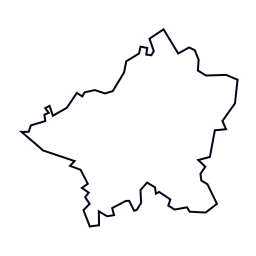 the district of Ilinden, Ilinden, North Macedonia, rotated 4°
{"feature_id": "65306769B96120860372222", "entity_name": "Ilinden", "entity_type": "district", "adm_level": 2, "iso_a3": "MKD", "parent_name": "North Macedonia", "parent_adm1": "Ilinden", "projection": "mercator", "projection_center": [21.621, 41.998], "detail": "fine", "context": "isolated", "style": "outline", "palette": "ink", "viewbox_px": 256, "rotation_deg": 4, "n_neighbors": 0, "source": "geoboundaries", "source_scale": "gbopen_adm2", "svg_char_len": 1049}
<svg xmlns="http://www.w3.org/2000/svg" viewBox="0 0 256 256"><g transform="rotate(4 128 128)"><path d="M156.6,27.1L143.2,37.4L148.4,49.6L146.1,53.8L141.1,53.5L141.6,46.8L134.9,46.0L133.8,52.9L121.6,61.6L120.2,72.9L110.2,92.3L102.6,95.1L92.3,92.5L82.3,95.4L80.2,99.7L74.5,96.6L65.6,112.1L52.2,121.0L48.2,111.4L44.0,114.0L47.9,118.4L43.7,120.5L45.0,126.8L30.9,132.2L29.2,138.7L22.1,139.3L45.0,156.4L77.0,164.7L72.8,169.8L83.6,173.0L91.8,186.5L86.2,191.0L93.3,195.2L90.1,200.0L95.0,206.4L89.3,213.1L96.8,228.9L105.9,227.0L104.7,213.2L113.3,217.5L120.2,215.9L117.8,209.0L130.9,200.9L134.3,200.6L139.9,210.1L142.4,209.1L146.3,201.9L144.8,189.1L150.8,181.1L159.1,185.3L160.4,191.6L163.5,189.6L175.2,196.3L173.6,202.6L180.2,206.1L192.4,203.0L195.4,207.2L211.4,206.9L222.0,197.4L211.1,178.5L204.8,175.3L203.5,168.6L207.8,161.2L200.3,155.0L211.7,151.2L214.8,124.2L225.9,122.4L221.7,114.4L233.0,95.9L233.9,72.2L222.1,68.2L202.1,70.2L193.7,65.8L193.7,55.0L189.2,45.7L183.3,43.4L172.9,50.2L156.6,27.1Z" fill="none" stroke="#020617" stroke-width="2"/></g></svg>